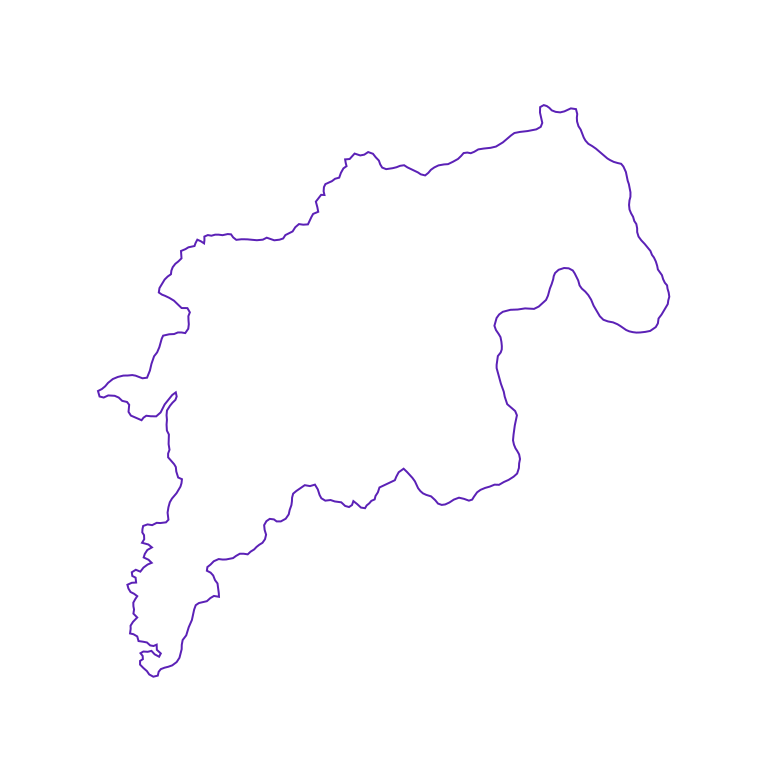 Monte Carmelo, Minas Gerais, Brazil, rotated 259°
{"feature_id": "56859067B83982377642164", "entity_name": "Monte Carmelo", "entity_type": "district", "adm_level": 2, "iso_a3": "BRA", "parent_name": "Brazil", "parent_adm1": "Minas Gerais", "projection": "orthographic", "projection_center": [-47.485, -18.716], "detail": "fine", "context": "isolated", "style": "outline", "palette": "violet", "viewbox_px": 768, "rotation_deg": 259, "n_neighbors": 0, "source": "geoboundaries", "source_scale": "gbopen_adm2", "svg_char_len": 6138}
<svg xmlns="http://www.w3.org/2000/svg" viewBox="0 0 768 768"><g transform="rotate(259 384 384)"><path d="M431.7,101.9L426.0,102.4L424.2,106.3L425.4,111.1L423.8,117.4L421.3,121.0L417.4,123.8L415.4,128.3L412.2,129.9L405.4,127.9L401.3,129.5L394.7,139.1L396.9,141.6L398.2,144.6L396.9,148.7L395.7,154.2L398.7,159.3L405.8,164.8L413.6,174.0L415.5,178.0L411.3,178.1L408.2,176.2L406.0,172.8L403.5,169.8L399.4,165.9L394.9,164.6L390.3,164.1L385.6,162.8L379.7,162.0L375.5,163.2L366.1,161.1L360.4,160.9L356.9,158.8L353.2,158.1L345.3,162.7L342.2,163.8L337.7,163.4L331.5,164.1L329.1,167.5L325.3,166.3L322.1,164.6L316.4,159.5L312.0,154.0L308.8,151.2L304.2,148.9L299.0,147.0L291.9,146.5L289.8,143.6L290.2,137.8L291.1,134.4L289.7,129.5L291.3,125.1L290.6,120.5L287.6,119.2L284.4,118.4L281.4,119.6L277.4,119.0L274.3,116.2L271.4,122.1L267.9,125.0L266.2,120.0L262.9,116.8L259.6,115.0L256.4,119.3L252.8,121.8L251.9,117.5L249.7,112.9L246.3,109.0L249.0,104.9L247.3,100.5L243.6,100.3L241.3,103.2L236.4,102.8L237.0,98.5L235.9,93.8L232.0,94.1L228.2,95.5L225.8,98.6L222.8,101.3L220.2,98.7L217.2,96.2L213.7,95.6L210.3,95.6L206.4,94.2L201.9,97.2L198.4,92.2L195.1,89.1L192.0,88.6L187.6,87.1L186.2,90.3L183.3,93.6L178.5,94.0L177.0,98.3L175.5,102.0L172.0,104.6L170.8,107.8L171.5,111.1L166.4,110.3L162.1,113.5L159.2,111.2L162.4,107.3L166.4,104.8L166.2,101.0L167.3,96.7L166.2,93.6L163.1,95.2L159.9,94.8L158.7,91.7L155.1,91.0L151.3,93.5L147.4,96.5L143.7,98.1L140.7,101.7L140.9,106.3L144.5,107.9L146.7,110.5L147.4,114.5L147.6,118.3L148.2,122.4L150.6,127.4L154.3,131.0L162.3,134.8L166.5,135.7L171.1,137.5L175.0,141.9L182.5,145.9L189.0,150.4L198.8,154.6L202.8,157.0L204.3,160.5L204.6,168.7L207.0,172.7L208.4,176.6L206.6,181.4L210.0,181.9L220.0,182.5L223.7,180.7L228.6,179.8L231.9,177.8L234.5,174.5L238.0,175.7L239.8,179.2L242.5,183.1L243.7,188.3L242.5,192.0L241.9,195.4L241.9,202.6L243.5,206.0L244.9,210.1L244.1,214.0L242.8,217.7L244.9,221.1L246.4,225.0L248.4,227.8L250.0,230.9L251.3,234.4L254.4,237.6L258.6,239.5L263.6,239.0L268.3,239.4L271.8,242.4L273.4,246.1L272.1,250.1L269.6,252.4L268.8,256.5L270.5,261.8L274.2,265.6L278.4,267.4L282.8,270.0L286.3,271.2L290.0,272.1L293.7,273.9L295.7,277.5L299.8,286.9L297.9,291.9L298.4,297.0L293.2,298.9L287.3,299.6L283.8,300.7L280.7,304.1L280.3,309.4L278.1,313.3L276.0,319.5L271.7,322.6L269.9,326.2L271.3,329.5L274.9,331.6L271.2,334.8L267.1,337.8L265.7,341.7L268.1,343.8L269.7,346.8L271.7,349.3L272.5,352.8L275.7,354.3L278.8,357.3L283.3,359.8L287.5,376.3L290.7,378.4L294.6,381.6L297.1,387.1L293.1,389.9L286.4,394.0L282.5,395.8L275.2,397.6L271.9,399.3L269.2,401.4L267.1,404.3L264.7,408.8L260.2,412.1L256.3,414.2L254.3,417.6L254.1,421.1L255.2,425.6L257.2,430.5L258.1,435.9L256.0,440.6L253.3,445.1L253.7,448.5L256.2,450.8L259.9,454.7L261.7,458.6L262.7,463.5L263.1,468.2L264.1,473.3L263.1,477.7L264.9,482.9L266.1,488.0L268.3,493.6L270.7,497.6L275.8,500.4L280.3,501.5L284.4,503.2L289.1,503.2L292.8,502.0L295.8,500.8L299.7,500.0L304.1,499.9L309.6,501.5L318.4,504.5L327.9,508.5L332.4,507.6L340.7,501.1L348.5,500.1L353.6,500.1L362.0,498.8L378.1,497.6L381.3,498.2L389.7,501.1L392.7,504.6L395.5,506.2L398.7,506.9L402.9,507.3L407.8,507.3L411.2,506.1L415.6,504.2L420.1,503.5L427.3,507.1L430.3,510.3L432.2,514.4L432.7,522.3L431.6,529.5L431.3,536.9L429.1,545.6L430.5,550.7L435.6,559.1L439.4,561.8L446.1,565.1L450.0,567.6L454.6,570.1L457.5,571.2L460.3,573.1L462.8,577.2L463.5,582.9L462.3,587.4L459.4,591.0L456.2,592.3L448.6,594.4L443.4,594.8L439.9,596.4L436.3,599.2L432.3,601.5L427.3,603.4L420.9,604.7L409.3,608.8L405.2,611.6L402.7,615.8L400.8,620.6L398.1,624.6L395.7,627.2L390.8,632.0L388.9,634.8L387.4,638.2L386.3,641.6L385.7,645.3L385.3,650.5L385.3,655.4L388.0,661.6L391.2,664.4L395.9,666.0L399.2,669.7L408.3,677.8L411.8,679.0L415.2,680.7L419.4,680.9L423.6,680.5L426.8,680.7L429.8,679.0L433.6,678.0L437.8,677.6L444.2,674.7L447.9,674.7L452.4,674.2L456.7,673.1L459.6,671.7L463.8,670.9L471.8,666.6L475.9,664.0L480.1,662.0L484.8,661.5L488.5,662.2L492.9,662.2L496.2,660.8L500.6,660.4L504.4,659.1L508.4,658.3L513.0,658.7L517.4,660.0L520.7,661.6L525.1,662.5L533.5,662.5L537.0,662.0L545.9,661.9L551.8,660.5L554.9,658.8L556.3,655.6L558.2,651.9L560.7,648.6L562.8,646.3L574.5,637.0L577.8,633.8L580.8,630.4L584.5,628.2L587.8,627.1L596.2,625.6L599.9,624.1L604.8,623.6L608.6,624.1L612.1,625.2L617.2,624.9L618.9,620.0L617.2,613.1L617.0,608.8L618.4,604.4L620.6,600.9L623.5,599.0L625.8,596.8L627.3,594.0L626.0,590.1L620.7,588.9L610.1,589.2L606.5,586.9L604.9,582.1L604.9,573.2L605.5,565.6L605.5,559.9L603.8,556.2L598.5,546.8L595.7,539.2L595.5,533.7L596.1,526.8L596.3,521.3L594.7,516.8L594.0,513.2L595.3,509.9L595.5,506.2L593.2,503.3L590.8,499.6L589.0,494.1L587.6,488.8L588.1,484.8L588.2,479.2L587.0,474.7L585.3,470.9L582.8,467.8L580.9,464.2L582.8,460.1L585.2,457.7L592.2,448.3L594.9,445.5L595.1,441.4L594.4,437.7L594.2,433.6L594.5,427.1L596.8,423.5L600.3,422.2L604.3,421.6L608.2,419.1L612.1,417.1L614.7,412.7L612.9,408.4L612.9,404.3L615.8,399.1L611.4,393.2L611.9,388.7L608.3,388.6L605.0,388.8L603.4,385.3L599.5,382.0L595.1,379.4L594.8,375.1L593.1,371.7L591.4,364.6L588.7,362.6L584.7,361.5L580.9,361.6L581.7,358.4L576.0,351.9L570.3,352.3L565.6,352.3L564.5,346.9L561.9,344.7L555.2,339.8L555.8,335.1L557.2,331.0L554.8,326.8L551.2,323.4L549.0,315.6L546.1,312.8L545.6,309.0L546.0,303.7L550.0,296.8L548.8,292.6L549.4,286.6L552.2,277.0L553.3,271.5L553.7,266.5L556.7,263.9L560.1,262.4L561.0,259.2L560.9,253.9L562.2,250.0L562.8,246.7L562.5,242.9L563.8,239.5L563.0,235.8L559.5,235.2L556.4,234.2L559.1,231.4L561.3,228.3L558.3,225.9L555.6,224.3L555.5,218.1L554.3,214.9L553.3,210.1L546.0,209.2L543.5,205.4L541.8,202.1L539.0,198.9L535.8,196.9L532.4,195.8L530.8,192.2L528.4,188.6L521.0,181.9L516.8,180.4L514.1,183.1L512.4,185.8L509.5,189.7L505.9,193.7L497.2,199.8L496.0,205.5L491.4,207.1L487.9,204.9L483.5,204.2L479.9,203.8L475.6,202.4L471.9,198.6L473.2,195.1L473.9,191.4L473.1,187.5L473.8,182.6L473.6,176.4L470.8,174.4L463.0,170.5L458.3,167.3L455.1,163.6L448.2,159.6L441.9,156.8L435.4,152.6L435.7,148.0L439.6,141.7L440.8,138.6L441.2,134.3L442.0,129.7L441.7,124.0L440.6,118.7L437.8,113.4L434.9,109.8L432.9,106.1L431.7,101.9Z" fill="none" stroke="#5b21b6" stroke-width="2"/></g></svg>